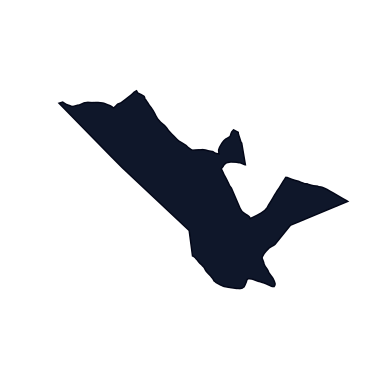 Jacmel, Anse-la-Raye, Saint Lucia (Albers equal-area conic projection), rotated 196°
{"feature_id": "8701671B80977223747238", "entity_name": "Jacmel", "entity_type": "district", "adm_level": 2, "iso_a3": "LCA", "parent_name": "Saint Lucia", "parent_adm1": "Anse-la-Raye", "projection": "albers", "projection_center": [-61.014, 13.948], "detail": "fine", "context": "isolated", "style": "filled", "palette": "ink", "viewbox_px": 384, "rotation_deg": 196, "n_neighbors": 0, "source": "geoboundaries", "source_scale": "gbopen_adm2", "svg_char_len": 4206}
<svg xmlns="http://www.w3.org/2000/svg" viewBox="0 0 384 384"><g transform="rotate(196 192 192)"><path d="M87.1,123.7L86.9,124.2L86.7,125.0L86.7,125.4L86.7,125.9L86.8,126.4L86.9,126.8L87.3,127.4L88.3,128.9L90.4,131.3L91.6,132.3L92.4,132.9L93.1,133.4L96.0,135.7L97.3,137.4L98.9,138.9L101.2,140.7L102.9,142.6L103.7,144.1L104.7,145.5L106.4,147.7L106.5,148.5L106.6,148.8L105.7,152.7L104.5,155.5L102.4,159.5L100.2,161.9L98.9,163.1L97.8,164.5L88.2,187.2L39.7,225.9L41.0,226.3L44.6,227.1L50.5,228.6L55.9,230.0L59.5,230.8L62.9,231.7L65.4,232.1L67.9,232.4L68.9,232.4L70.0,232.3L71.5,232.0L73.2,232.2L75.8,231.7L77.0,231.5L79.2,231.4L82.3,231.4L83.5,231.6L84.8,231.3L86.1,231.0L87.6,231.2L90.0,231.3L92.4,231.7L96.3,231.6L99.5,231.7L102.8,232.0L104.5,232.2L105.9,231.9L106.1,231.2L106.7,229.0L106.8,228.7L107.3,227.3L107.4,226.8L109.3,219.9L110.5,216.5L111.1,214.1L111.7,212.2L112.3,209.8L112.7,208.1L113.4,205.5L113.7,204.4L114.8,200.7L115.5,197.3L115.8,196.8L116.4,195.6L116.9,194.4L117.1,194.2L119.7,190.9L123.1,187.5L126.3,184.6L128.9,182.4L129.2,183.0L129.6,183.6L130.1,183.9L130.3,184.1L131.7,184.7L132.9,185.1L134.2,185.4L136.5,186.2L137.0,186.4L138.3,186.9L139.0,187.4L139.5,187.9L140.3,188.6L141.2,189.5L141.7,190.0L143.2,191.9L145.1,194.2L146.8,196.3L154.3,205.5L155.2,206.6L157.6,208.4L159.7,210.9L160.2,211.4L161.7,213.1L163.6,215.1L166.2,217.7L166.9,218.6L168.1,220.0L170.3,222.4L169.1,225.3L169.1,226.0L168.2,227.8L167.6,228.7L167.0,229.5L166.0,230.1L165.1,230.5L163.4,231.4L163.0,231.5L162.4,231.7L157.9,232.8L154.9,233.1L153.8,233.4L153.0,233.3L151.3,233.1L149.9,232.9L148.7,232.8L148.2,232.9L157.7,252.7L158.9,253.7L160.5,256.2L162.6,259.3L163.7,261.1L164.0,262.1L169.2,263.2L169.7,262.1L170.4,260.6L170.6,258.5L170.6,256.8L170.8,255.7L173.0,253.3L174.0,252.4L174.7,251.4L175.6,249.9L176.6,247.4L177.2,245.1L177.8,242.6L178.0,240.0L177.8,239.0L177.1,237.4L176.6,236.0L180.0,235.7L181.8,236.1L182.8,236.5L183.2,236.6L184.6,236.4L187.8,236.1L190.4,236.1L193.4,235.7L195.2,235.0L197.5,234.3L200.1,233.4L201.9,232.7L203.1,232.3L204.5,232.5L208.4,233.9L210.5,235.1L214.6,236.3L218.8,237.4L220.9,238.4L224.5,240.5L227.5,242.1L231.7,244.7L234.0,246.6L236.5,248.2L241.6,250.5L245.3,252.9L248.0,255.5L249.4,257.1L251.7,259.4L254.5,261.8L257.0,263.6L259.3,265.7L259.7,266.0L260.2,266.4L261.4,267.4L261.9,267.9L263.1,268.6L263.6,269.8L264.4,270.7L265.0,270.9L267.6,271.6L270.1,272.0L271.8,272.4L272.7,273.6L273.3,274.0L274.2,273.0L274.6,272.6L274.8,272.3L275.1,272.1L276.6,269.4L276.8,269.2L277.2,268.5L279.7,265.1L281.5,262.6L283.0,260.6L284.9,258.1L287.3,256.3L287.6,256.1L288.1,255.3L288.8,253.9L290.0,251.9L290.5,251.3L291.1,251.3L292.5,251.9L293.9,252.3L295.3,252.5L297.1,252.6L298.9,252.8L300.7,253.0L301.9,253.0L304.4,252.6L306.7,252.2L309.5,251.4L313.0,250.3L314.8,249.9L316.8,249.5L318.8,248.6L320.2,248.0L322.8,245.8L324.4,244.5L325.9,243.9L328.1,242.5L329.8,241.5L331.2,241.1L332.9,241.3L333.6,241.4L334.6,241.4L337.3,241.6L341.1,242.8L341.7,242.4L344.3,240.7L279.4,203.8L265.6,196.1L184.1,154.2L173.9,130.7L173.0,130.6L172.7,130.6L171.9,130.2L170.8,129.8L169.8,129.0L169.2,128.7L167.9,127.9L167.6,127.6L166.5,126.8L166.1,126.5L165.0,125.8L164.7,125.6L162.5,124.6L161.6,123.9L161.1,123.7L159.4,122.7L158.7,121.8L157.9,121.1L157.5,120.6L156.7,119.9L155.5,119.1L154.5,118.5L153.7,118.0L151.0,116.5L149.7,115.5L148.8,114.9L148.6,114.8L148.2,114.5L146.9,113.3L146.3,112.6L145.9,112.5L144.8,112.1L144.3,111.8L143.9,111.6L139.9,110.7L139.4,110.6L139.2,110.5L137.9,110.4L137.4,110.3L136.3,110.1L135.6,110.1L135.3,110.0L134.3,110.1L133.5,110.2L130.3,110.5L129.1,110.7L128.6,110.7L127.4,110.9L123.7,111.4L122.8,111.5L121.0,112.0L119.5,112.3L118.8,112.6L118.2,112.9L117.7,113.2L117.2,113.5L116.3,114.7L115.8,115.2L115.7,115.9L115.4,117.4L115.1,119.9L115.0,120.9L115.1,121.9L115.0,122.3L114.8,123.2L114.3,123.8L113.6,124.4L113.3,124.4L112.7,124.5L112.3,124.6L112.0,124.6L110.9,124.8L110.5,124.8L110.1,124.9L109.2,124.8L108.3,124.8L107.6,124.7L105.1,124.5L103.2,124.4L102.6,124.5L101.5,124.5L101.2,124.5L99.7,124.4L97.6,124.4L96.8,124.3L95.7,124.2L94.9,124.1L93.7,123.9L91.3,123.6L89.9,123.3L89.6,123.3L88.6,123.3L87.8,123.5L87.4,123.7L87.1,123.7Z" fill="#0f172a" stroke="#020617" stroke-width="1.5"/></g></svg>